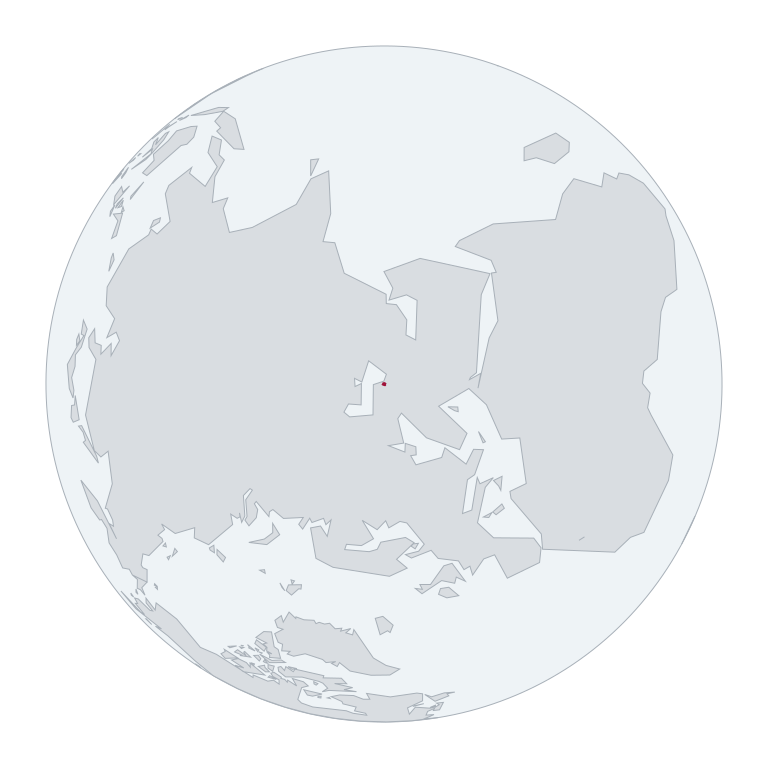 globe centered on Cəlilabad, rotated 213°
{"feature_id": "AZE-1700", "entity_name": "Cəlilabad", "entity_type": "District", "adm_level": 1, "iso_a3": "AZE", "parent_name": "Azerbaijan", "parent_adm1": "", "projection": "orthographic", "projection_center": [48.489, 39.203], "detail": "fine", "context": "on_globe", "style": "filled", "palette": "rose", "viewbox_px": 768, "rotation_deg": 213, "n_neighbors": 0, "source": "natural_earth", "source_scale": "10m", "svg_char_len": 11337}
<svg xmlns="http://www.w3.org/2000/svg" viewBox="0 0 768 768"><g transform="rotate(213 384 384)"><circle cx="384" cy="384" r="338" fill="#eef3f6" stroke="#a8b0b8"/><path d="M366.7,46.5L368.8,46.4L392.0,49.0L428.2,55.1L443.8,56.4L437.2,57.4L469.6,60.4L491.9,67.1L464.0,60.2L459.2,60.2L473.1,64.6L471.1,65.7L476.6,68.7L473.0,69.9L457.0,66.7L454.4,67.7L464.3,70.9L467.0,74.8L452.8,69.8L455.9,76.3L429.8,74.0L394.6,63.1L377.4,66.0L334.0,66.5L335.3,68.7L319.6,71.5L315.3,75.4L308.5,75.2L310.9,78.7L317.9,78.2L321.3,79.8L319.4,82.3L310.4,82.2L310.1,80.9L306.4,82.2L302.7,81.2L303.5,83.2L292.8,83.2L300.4,87.1L289.4,90.4L283.1,89.5L287.7,84.5L284.5,72.5L279.5,71.5L267.9,74.3L237.7,89.4L230.6,91.0L218.1,96.8L220.1,97.8L230.7,93.8L231.4,97.9L244.2,93.4L246.4,94.8L258.0,93.0L251.9,99.0L239.7,106.2L229.8,108.3L224.2,111.9L230.1,115.0L208.3,125.0L188.1,142.7L182.9,145.2L179.1,139.3L187.9,125.2L182.9,120.9L181.7,130.0L168.8,137.2L164.8,141.4L163.0,145.1L166.1,145.0L160.8,149.3L160.0,141.0L164.8,137.0L165.0,139.4L169.1,133.2L168.4,129.2L162.0,134.0L167.9,125.2L163.3,128.8L162.0,129.5L168.9,124.1L156.7,134.0L157.2,133.5L176.9,117.0L197.8,102.0L219.8,88.7L242.7,77.1L266.4,67.2L290.8,59.2L315.8,53.0L341.1,48.8L366.7,46.5ZM47.2,412.0L49.6,432.2L51.2,442.5L47.2,412.0ZM372.2,46.3L371.8,46.3L372.2,46.3ZM390.0,46.6L384.8,46.6L382.8,46.2L386.4,46.3L390.0,46.6ZM455.5,57.6L447.8,55.8L455.9,57.3L455.5,57.6ZM478.0,69.0L480.9,69.3L482.5,70.8L478.0,69.0ZM260.5,89.9L259.2,91.4L257.7,90.9L260.5,89.9ZM266.7,87.9L265.9,86.3L268.7,85.1L269.2,86.1L266.7,87.9ZM478.6,74.3L480.4,77.0L475.8,73.6L478.6,74.3ZM267.1,90.2L273.9,83.3L278.9,81.4L284.7,83.9L267.1,90.2ZM479.7,78.3L484.4,85.8L491.0,86.8L474.8,88.8L476.2,81.3L469.4,76.7L476.2,78.8L479.7,78.3ZM321.0,77.1L313.4,77.6L321.5,75.0L321.0,77.1ZM325.4,75.0L345.4,66.1L355.7,67.0L346.9,69.5L361.6,69.5L356.7,74.3L347.6,75.4L341.9,73.7L344.4,77.0L325.4,75.0ZM465.1,89.0L463.9,90.7L462.1,88.4L465.1,89.0ZM323.3,80.2L326.5,78.1L335.6,78.7L331.0,83.1L329.5,81.5L323.3,80.2ZM367.8,67.4L373.8,69.0L371.5,73.2L373.5,74.5L357.5,74.6L367.8,67.4ZM326.5,82.6L328.4,85.5L322.4,87.6L320.9,82.4L326.5,82.6ZM339.9,77.1L344.0,77.7L340.2,78.7L339.9,77.1ZM302.0,97.9L305.6,94.7L310.6,94.7L302.0,97.9ZM329.5,86.4L331.6,85.7L334.0,85.5L334.0,87.8L329.5,86.4ZM357.0,77.8L354.8,79.4L363.4,77.9L362.1,81.4L351.6,81.0L355.6,82.7L355.2,83.8L347.1,82.3L357.0,77.8ZM341.2,89.7L327.5,91.1L319.8,96.6L315.0,96.7L328.3,87.9L341.2,89.7ZM345.4,85.4L341.7,88.0L337.7,86.5L337.7,83.8L345.4,85.4ZM364.9,84.1L369.7,78.8L371.8,79.1L364.9,84.1ZM339.7,91.5L343.1,91.2L339.7,92.1L339.7,91.5ZM358.1,86.6L359.5,84.5L361.8,85.0L358.1,86.6ZM348.6,92.4L344.2,92.8L344.0,90.8L348.6,92.4ZM353.6,90.0L356.5,91.1L346.7,89.9L353.8,89.0L353.6,90.0ZM360.1,87.3L361.9,86.9L359.1,88.1L360.1,87.3ZM351.6,100.0L339.3,99.1L339.0,94.6L351.0,96.0L351.6,100.0ZM92.9,458.1L85.2,401.1L93.8,389.6L98.8,368.7L161.0,331.8L170.4,343.9L215.0,357.1L219.9,362.5L210.5,378.0L240.7,412.7L255.3,401.9L286.8,422.4L310.4,426.4L326.1,395.1L287.5,387.8L284.9,370.1L319.1,362.0L353.5,369.1L353.6,362.5L335.3,345.2L346.7,334.7L329.4,338.3L333.8,345.8L323.1,348.7L318.4,342.1L322.6,338.4L313.2,333.6L295.6,353.8L298.2,363.7L271.5,361.5L273.3,378.0L264.8,383.1L258.6,357.3L261.9,349.2L247.6,318.1L241.7,326.1L254.9,356.4L249.2,352.6L241.3,365.0L242.8,352.5L230.0,318.5L208.3,314.7L174.5,336.3L163.1,332.2L156.3,319.0L174.8,288.3L198.2,301.0L205.1,291.6L205.6,272.0L212.7,278.0L215.8,271.9L225.2,276.2L243.6,267.2L253.9,270.2L266.2,253.0L273.1,252.6L263.9,262.6L263.0,271.6L289.2,279.9L295.8,277.4L301.6,266.0L308.1,270.2L310.4,258.1L328.0,257.8L308.5,248.5L314.9,236.2L328.2,229.1L326.8,223.7L305.1,235.3L299.6,241.7L300.5,249.6L282.4,267.0L272.3,267.3L278.0,243.8L264.3,242.2L274.7,225.7L326.9,202.5L346.1,200.7L367.2,223.3L359.9,230.3L348.6,225.3L354.4,241.2L356.1,234.4L361.5,238.4L369.0,228.6L373.2,231.0L373.2,218.0L379.1,219.9L379.0,228.1L395.1,216.5L408.8,218.2L410.5,214.5L408.3,210.1L427.2,215.9L427.5,213.0L421.5,209.9L418.3,202.3L420.0,191.5L426.5,194.1L426.7,198.3L436.9,211.6L436.6,223.3L439.4,223.3L441.2,213.9L428.8,197.5L428.0,190.4L435.0,197.2L432.4,194.1L434.0,191.4L441.7,191.4L434.4,183.7L443.6,153.7L459.3,151.6L464.5,160.4L477.7,144.9L494.3,145.5L488.7,142.4L491.3,134.1L486.1,133.6L483.6,131.6L487.7,112.1L493.7,110.2L489.1,100.0L486.3,98.6L481.6,99.3L474.8,88.8L491.0,86.8L496.7,89.9L503.0,87.4L515.1,95.1L528.0,101.0L537.7,112.1L547.1,116.5L548.4,115.1L562.2,120.6L585.9,138.3L560.7,129.9L524.0,108.5L538.5,117.3L533.4,117.4L537.5,122.1L547.8,128.6L550.1,128.0L557.5,152.3L578.8,177.4L581.7,168.6L590.7,170.4L617.4,195.4L639.0,247.7L651.3,254.0L656.8,262.0L656.8,272.8L648.7,261.2L642.2,262.4L637.7,254.8L634.9,269.4L628.3,259.1L629.4,276.3L636.8,281.6L641.7,271.9L645.5,292.1L659.6,298.3L669.0,314.6L671.6,358.3L662.6,380.9L663.6,387.1L656.0,386.2L651.9,403.8L671.0,424.4L672.6,433.4L663.2,460.9L661.9,454.8L641.6,452.3L642.2,475.4L657.7,482.3L663.2,498.3L653.2,500.1L647.1,486.4L639.9,484.9L638.7,465.8L626.8,442.7L616.4,455.0L614.3,443.5L596.2,426.9L579.7,443.6L555.4,486.8L557.0,516.3L546.5,532.6L521.5,497.9L512.7,470.2L502.2,475.7L477.7,455.2L431.1,460.4L425.9,452.7L416.8,457.3L399.8,450.2L392.3,437.1L381.4,438.2L401.8,472.2L413.7,471.0L425.5,457.1L428.8,469.2L445.3,478.3L422.1,509.0L355.2,534.3L351.1,511.9L312.6,443.8L315.1,436.6L315.0,435.8L314.7,434.2L308.7,445.6L302.9,431.7L320.9,479.9L322.9,499.1L354.3,535.6L350.7,538.8L361.5,546.1L399.1,538.1L398.8,545.4L379.6,577.7L329.7,615.4L337.7,640.7L336.6,659.6L308.7,667.9L314.5,680.9L300.5,682.7L301.9,688.9L292.5,692.8L275.8,693.7L243.7,683.9L239.0,678.5L218.9,662.2L189.9,622.9L195.1,610.0L191.1,595.5L168.2,553.4L173.1,536.4L167.6,525.3L155.9,521.3L150.0,507.7L143.2,503.5L103.1,481.8L92.9,458.1ZM135.3,359.1L132.6,365.0L135.3,359.1ZM387.3,393.5L409.5,395.1L403.7,373.6L411.8,372.7L406.9,366.1L403.2,372.1L391.8,354.0L402.9,347.9L402.3,338.6L394.9,337.7L376.4,352.1L392.6,377.7L385.7,386.3L387.3,393.5ZM168.9,137.7L168.8,138.5L165.9,142.7L165.3,141.7L168.9,137.7ZM165.3,157.7L156.8,164.2L162.4,158.5L159.8,157.8L168.4,145.7L180.8,145.8L173.7,147.6L165.3,157.7ZM183.4,130.6L176.5,137.6L183.5,130.0L183.4,130.6ZM223.7,237.3L225.2,243.2L219.0,248.8L206.0,247.2L214.8,238.9L223.7,237.3ZM228.6,250.5L237.9,228.8L246.4,229.6L240.0,232.7L244.7,235.4L235.8,241.2L234.8,264.1L229.3,270.7L208.3,262.9L218.2,261.4L216.2,255.4L228.6,250.5ZM246.6,179.0L250.7,171.6L263.7,182.7L258.4,188.5L245.0,186.7L243.5,178.9L246.6,179.0ZM276.2,96.7L276.9,94.5L279.4,94.4L280.8,96.1L276.2,96.7ZM303.3,96.4L275.6,106.6L275.0,104.4L259.5,114.0L252.0,112.3L262.3,105.9L244.9,112.3L251.1,105.9L239.5,111.0L263.2,97.1L268.2,92.3L265.5,98.2L272.3,99.8L276.7,99.1L293.0,93.6L307.0,84.8L315.9,85.7L318.6,88.7L316.6,90.9L311.4,89.5L312.4,93.5L303.4,93.3L303.3,96.4ZM344.0,133.8L338.8,129.4L339.4,141.0L330.3,139.3L331.0,140.8L322.8,142.6L314.0,147.7L310.5,146.0L308.6,148.8L303.1,150.3L299.3,153.7L291.7,152.1L286.4,156.2L285.8,153.1L278.7,160.8L280.5,154.5L273.7,156.5L275.5,161.6L243.7,148.4L229.0,149.1L215.6,153.5L220.6,143.1L236.2,132.7L256.1,124.8L269.6,126.1L269.4,121.6L275.8,121.1L273.3,124.9L280.9,118.8L285.5,119.5L303.2,114.8L311.5,106.5L318.1,104.9L317.2,108.6L324.5,104.5L327.3,110.5L332.1,109.7L339.7,115.1L335.1,123.3L340.8,121.8L346.8,126.4L344.0,133.8ZM353.4,101.7L350.0,110.9L343.3,114.8L333.0,103.8L328.2,103.7L321.3,97.6L331.1,92.3L332.1,94.4L335.5,95.3L331.1,96.6L337.1,96.3L338.7,99.4L343.8,100.2L341.3,102.9L353.4,101.7ZM228.1,358.4L232.3,360.9L239.6,362.7L234.7,370.9L228.1,358.4ZM218.8,335.4L223.1,335.9L219.8,347.6L215.4,345.3L218.8,335.4ZM228.2,326.6L223.5,335.0L223.4,329.1L228.2,326.6ZM268.1,262.7L272.9,262.8L272.4,265.8L268.4,269.1L268.1,262.7ZM343.9,170.7L341.9,166.8L344.0,165.8L346.6,156.6L353.5,157.5L354.7,163.5L343.9,170.7ZM318.0,399.7L309.6,404.9L306.7,401.2L310.2,400.1L318.0,399.7ZM268.9,388.6L278.9,395.6L267.5,390.8L268.9,388.6ZM351.8,170.1L352.0,166.1L355.3,169.1L351.8,170.1ZM358.7,157.8L363.0,160.5L354.6,156.6L358.7,157.8ZM461.3,713.0L462.0,712.8L462.8,712.6L461.3,713.0ZM395.3,658.7L376.6,688.0L360.2,687.6L355.4,679.5L361.1,661.7L379.5,656.7L388.1,647.5L395.3,658.7ZM698.1,497.9L701.0,493.3L700.7,494.7L698.1,497.9ZM695.2,499.6L699.1,493.6L694.0,503.3L695.2,499.6ZM700.6,491.3L704.5,482.5L706.3,477.7L705.6,480.6L700.6,491.3ZM692.2,504.0L673.3,525.9L665.0,531.1L667.7,524.9L681.2,512.2L692.2,504.0ZM667.0,525.4L653.2,525.4L629.2,504.5L637.9,499.6L662.0,505.0L660.6,509.9L669.0,512.2L667.0,525.4ZM697.4,470.5L695.8,483.3L686.1,494.8L681.2,498.4L678.0,487.4L679.9,477.7L684.1,473.5L696.4,429.6L701.5,429.6L698.6,446.3L702.5,451.1L697.4,470.5ZM558.8,518.5L567.6,532.1L561.4,537.2L558.8,518.5ZM698.5,403.7L695.5,422.7L697.3,400.5L698.5,403.7ZM697.8,385.0L699.5,390.5L696.3,387.8L697.8,385.0ZM666.3,395.6L662.0,401.6L660.5,397.5L665.0,387.4L666.3,395.6ZM676.2,328.6L681.4,341.2L682.5,346.4L678.0,341.1L676.2,328.6ZM411.1,177.5L399.9,188.8L396.3,198.7L401.5,206.5L389.4,200.8L394.8,185.5L411.1,177.5ZM438.9,156.1L434.3,150.1L439.4,150.0L441.2,151.4L438.9,156.1ZM433.9,154.3L422.4,152.2L421.9,147.2L431.1,149.8L433.9,154.3ZM386.9,160.1L383.1,163.2L380.5,160.5L386.9,160.1ZM657.0,583.1L658.7,580.8L660.2,578.7L667.6,566.7L687.2,533.1L703.4,494.3L704.1,492.3L695.0,516.2L684.0,539.5L671.4,561.8L657.0,583.1ZM705.2,485.1L710.3,468.3L712.0,463.1L705.2,485.1ZM720.1,418.8L719.5,423.2L719.3,421.0L720.5,412.0L718.6,417.9L720.8,404.3L720.9,410.7L721.3,403.9L720.1,418.8ZM714.7,440.8L714.3,444.2L713.4,444.7L714.7,440.8ZM716.0,435.3L718.2,430.0L715.6,438.7L716.0,435.3ZM704.8,450.0L706.1,454.8L710.2,442.6L707.0,455.0L708.8,461.6L707.5,467.8L705.9,460.2L703.8,475.1L701.9,478.2L701.7,468.8L704.2,451.6L706.0,442.6L712.8,426.4L704.8,450.0ZM716.3,426.6L715.6,420.5L716.0,413.2L716.9,415.2L716.3,426.6ZM711.6,406.7L707.5,402.6L705.3,411.6L708.4,387.2L712.0,395.1L711.6,406.7ZM705.9,389.9L704.0,398.2L705.0,385.1L705.9,389.9ZM702.7,396.2L700.9,389.8L703.2,386.9L702.7,396.2ZM707.2,387.7L705.1,375.0L707.5,379.9L707.2,387.7ZM696.0,375.9L703.5,379.1L696.3,384.9L689.2,362.7L691.7,357.7L696.0,375.9ZM667.1,259.7L662.6,254.5L663.0,248.9L666.0,254.0L667.1,259.7ZM660.2,227.9L661.7,245.8L662.1,261.2L665.1,261.0L670.9,273.9L662.9,268.4L657.9,250.0L658.7,240.4L652.7,230.5L649.5,219.3L640.6,209.8L637.2,202.9L645.5,208.8L660.2,227.9ZM636.7,206.2L620.2,188.0L623.8,182.7L628.2,185.4L634.3,195.8L632.1,197.9L636.7,206.2ZM617.3,182.3L614.9,184.4L585.6,166.9L580.4,162.1L604.5,171.4L603.6,174.1L610.1,179.7L617.3,182.3ZM467.6,91.6L464.2,90.8L467.1,90.2L467.6,91.6ZM480.7,131.6L477.8,128.8L481.2,127.8L480.7,131.6ZM471.6,120.6L469.7,123.6L469.0,119.3L471.6,120.6ZM466.0,130.9L467.7,124.3L469.9,132.2L466.0,130.9Z" fill="#d9dde1" stroke="#a8b0b8" stroke-width="1"/><path d="M383.1,385.1L383.2,384.9L383.0,384.6L382.9,384.5L382.7,384.4L382.4,384.1L382.2,383.8L382.3,383.6L382.3,383.4L382.5,383.3L382.6,383.2L382.9,383.2L383.2,383.0L383.3,383.0L383.3,383.3L383.5,383.4L383.8,383.2L384.0,383.1L384.1,382.9L384.4,383.1L384.4,383.3L384.6,383.4L384.7,383.0L384.7,382.9L384.8,382.9L384.9,382.7L385.0,382.7L385.0,382.8L385.3,382.8L385.1,382.9L385.0,383.1L385.0,383.3L385.0,383.6L385.2,383.9L385.2,384.3L384.9,384.4L384.7,384.4L384.7,384.6L384.8,384.7L384.7,384.8L384.4,384.9L384.3,385.0L384.2,385.2L383.9,385.3L383.8,385.1L383.7,385.0L383.4,385.1L383.1,385.1Z" fill="#f43f5e" stroke="#9f1239" stroke-width="1.5"/></g></svg>